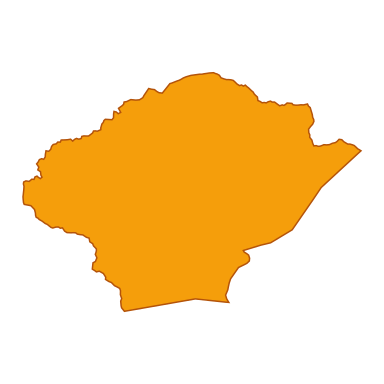 Feira Nova do Maranhão, Maranhão, Brazil
{"feature_id": "56859067B35499253028510", "entity_name": "Feira Nova do Maranhão", "entity_type": "district", "adm_level": 2, "iso_a3": "BRA", "parent_name": "Brazil", "parent_adm1": "Maranhão", "projection": "orthographic", "projection_center": [-46.651, -7.006], "detail": "fine", "context": "isolated", "style": "filled", "palette": "amber", "viewbox_px": 384, "rotation_deg": 0, "n_neighbors": 0, "source": "geoboundaries", "source_scale": "gbopen_adm2", "svg_char_len": 3191}
<svg xmlns="http://www.w3.org/2000/svg" viewBox="0 0 384 384"><path d="M124.4,311.3L195.3,298.9L225.2,302.1L228.8,302.4L226.7,298.9L225.6,295.1L227.8,289.8L228.3,287.1L229.2,283.0L230.6,278.8L238.5,267.5L244.4,264.6L246.9,263.3L249.3,261.0L249.6,258.2L248.6,255.1L246.8,253.7L244.2,252.1L243.3,250.5L261.0,245.1L270.6,242.8L292.2,229.8L313.0,199.7L320.2,189.0L321.2,187.5L357.9,153.6L361.0,150.8L359.3,149.7L357.7,148.8L356.2,147.3L354.2,145.5L352.4,144.8L350.0,144.1L347.8,144.1L343.9,141.8L341.8,139.7L339.1,139.3L337.1,141.4L335.4,142.6L332.3,143.3L329.5,144.6L326.7,144.9L323.9,144.7L322.0,145.5L320.0,146.2L318.0,146.3L316.2,145.6L313.9,145.9L312.7,143.3L311.9,140.1L309.7,137.3L309.8,134.9L308.8,132.7L308.6,129.1L310.6,126.5L312.6,124.3L313.9,121.4L313.7,119.5L312.7,117.4L312.3,114.6L311.0,110.3L310.2,107.6L308.4,106.0L307.5,104.0L305.7,104.4L303.6,104.9L300.7,104.8L298.4,105.1L295.9,105.2L293.1,104.8L291.9,103.4L289.4,103.2L287.1,103.0L285.5,104.4L284.0,105.4L282.2,104.9L279.7,105.8L277.7,104.4L276.1,103.2L274.6,102.1L272.2,102.1L270.5,101.1L268.1,101.8L266.2,102.9L264.2,102.5L262.1,102.8L260.2,101.5L257.9,100.5L257.4,97.0L255.3,95.1L254.1,93.8L253.2,92.1L251.4,90.6L248.6,87.9L247.0,86.7L245.3,85.1L243.4,86.1L241.5,85.0L239.5,85.6L237.0,84.0L234.6,81.6L233.2,80.4L230.9,79.8L228.5,79.6L226.5,79.6L224.3,79.0L221.0,77.8L219.4,75.3L217.1,74.0L215.3,73.5L213.6,72.7L209.2,73.0L206.8,73.4L203.9,73.8L202.0,74.2L199.6,74.2L190.9,75.4L186.1,76.8L183.2,78.0L181.3,79.2L179.1,80.3L177.0,81.0L171.7,83.1L169.9,83.6L166.1,88.4L162.3,93.1L159.0,92.7L156.7,91.4L154.5,89.6L151.4,89.2L148.7,88.5L144.1,95.3L142.8,97.7L139.5,99.8L135.8,100.1L130.8,99.6L126.6,101.6L124.1,102.0L123.6,104.3L122.0,105.8L118.5,108.3L120.7,112.4L118.2,113.7L116.3,112.0L114.0,111.4L113.6,114.0L113.5,117.8L112.0,119.7L105.3,119.3L103.9,120.6L103.3,122.4L101.9,124.0L100.8,127.8L100.8,129.7L97.3,131.2L95.5,130.9L93.5,131.0L92.6,133.0L90.2,134.8L88.6,136.0L85.8,136.0L83.9,135.9L81.8,136.4L81.2,138.5L78.8,139.2L76.5,138.4L74.5,139.4L72.7,141.1L70.6,139.2L67.7,139.7L65.1,139.9L61.2,140.0L60.3,142.1L57.7,142.1L56.3,143.8L53.2,144.5L51.6,146.4L50.7,149.4L48.7,151.3L46.0,150.8L45.4,154.1L45.2,157.0L43.7,159.3L41.7,158.7L39.4,159.6L38.1,162.1L36.6,163.9L38.8,167.1L37.8,169.9L40.5,171.7L40.9,175.1L42.0,177.2L40.3,178.6L38.3,177.3L37.0,176.1L35.0,176.9L34.0,179.4L31.8,179.2L29.2,181.4L25.9,180.9L23.7,182.0L23.4,183.9L24.0,186.3L23.8,189.5L23.5,192.3L23.3,194.3L23.0,196.8L23.2,199.7L23.5,202.6L24.2,204.4L27.9,205.1L30.9,205.7L34.5,209.5L35.4,212.9L35.6,215.5L36.2,217.3L37.9,218.1L39.2,219.5L42.2,221.2L45.2,223.5L47.1,224.3L51.0,227.4L52.8,228.0L55.8,227.1L58.4,227.0L60.3,228.2L62.5,227.9L64.6,231.1L66.9,232.6L70.9,232.8L73.1,232.7L75.6,232.8L77.3,234.1L79.9,234.6L82.8,234.9L86.4,237.3L89.1,238.1L89.8,241.8L92.7,243.7L93.5,245.9L96.3,248.8L96.4,250.6L96.0,252.4L95.3,254.3L96.9,257.8L95.4,261.5L93.0,262.8L92.6,266.4L92.3,269.1L95.0,270.8L96.4,271.9L99.3,271.2L103.4,273.5L105.7,277.2L105.5,279.4L108.8,281.5L111.4,282.5L114.5,285.7L116.8,286.8L119.7,288.4L120.5,290.7L120.4,294.7L121.7,298.6L120.7,301.1L121.1,305.7L121.6,307.8L124.4,311.3Z" fill="#f59e0b" stroke="#b45309" stroke-width="1.5"/></svg>